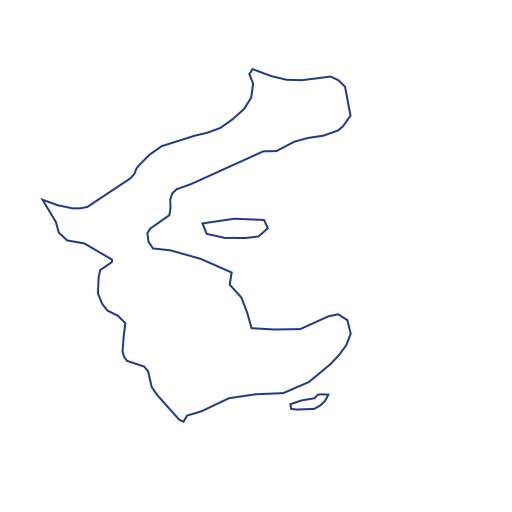 an SVG outline of Haiti, rotated 148°
{"feature_id": "HTI", "entity_name": "Haiti", "entity_type": "country or territory", "adm_level": 0, "iso_a3": "HTI", "parent_name": "North America", "parent_adm1": "", "projection": "equal_earth", "projection_center": [-72.755, 19.066], "detail": "fine", "context": "isolated", "style": "outline", "palette": "blue", "viewbox_px": 512, "rotation_deg": 148, "n_neighbors": 0, "source": "natural_earth", "source_scale": "50m", "svg_char_len": 1506}
<svg xmlns="http://www.w3.org/2000/svg" viewBox="0 0 512 512"><g transform="rotate(148 256 256)"><path d="M405.4,153.8L408.0,158.5L413.4,190.0L413.9,200.1L408.6,215.4L409.4,221.4L421.0,235.5L421.2,240.5L419.8,245.7L410.0,259.0L402.4,268.2L404.8,278.6L411.0,288.6L411.8,296.9L409.9,308.0L400.5,321.6L395.6,326.6L381.5,327.2L380.0,329.1L387.0,342.5L394.9,357.6L407.9,369.3L410.8,380.4L407.7,390.9L407.2,416.8L397.3,404.2L386.4,393.7L379.9,389.6L373.1,387.0L321.3,388.4L315.5,390.2L311.0,393.6L306.1,395.2L291.9,398.4L277.7,399.1L244.6,390.6L231.5,386.2L218.3,383.5L203.2,384.4L188.1,387.0L176.0,393.0L167.0,403.8L165.3,413.8L159.9,416.3L147.7,400.4L136.5,389.1L123.8,380.7L97.6,368.6L92.9,361.2L90.8,352.3L101.5,324.9L113.5,319.9L120.1,319.0L135.0,322.3L149.5,328.6L162.7,332.6L183.2,334.2L194.3,340.9L273.0,351.4L287.9,354.7L293.7,353.5L298.8,349.4L303.0,342.1L307.9,336.5L331.2,335.3L336.1,332.8L339.6,325.1L339.4,317.0L325.7,306.3L304.3,282.7L285.4,254.9L293.5,245.6L290.4,228.5L293.5,212.6L298.0,197.1L279.3,183.9L257.3,170.6L226.7,166.5L217.3,163.1L212.5,153.2L216.9,139.9L226.8,132.5L238.1,128.0L249.8,124.9L277.8,121.1L305.6,125.3L329.7,139.0L354.2,149.7L385.1,153.3L399.0,157.2L405.4,153.8ZM286.1,300.9L284.1,312.0L254.3,298.9L230.1,282.3L231.2,273.3L243.5,271.2L255.3,276.8L272.8,287.8L286.1,300.9ZM302.5,104.0L307.2,107.6L305.4,112.1L293.7,109.3L281.6,104.3L277.6,105.6L275.2,104.9L268.1,100.1L274.3,96.5L280.7,95.2L287.7,95.5L302.5,104.0Z" fill="none" stroke="#1e3a8a" stroke-width="2"/></g></svg>